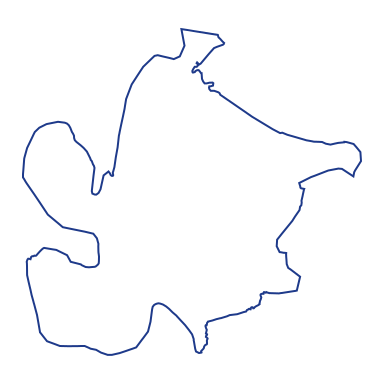 outline of Far' Al Odayn, Ibb, Yemen
{"feature_id": "15242507B99801964698927", "entity_name": "Far' Al Odayn", "entity_type": "district", "adm_level": 2, "iso_a3": "YEM", "parent_name": "Yemen", "parent_adm1": "Ibb", "projection": "robinson", "projection_center": [43.774, 13.958], "detail": "fine", "context": "isolated", "style": "outline", "palette": "blue", "viewbox_px": 384, "rotation_deg": 0, "n_neighbors": 0, "source": "geoboundaries", "source_scale": "gbopen_adm2", "svg_char_len": 5642}
<svg xmlns="http://www.w3.org/2000/svg" viewBox="0 0 384 384"><path d="M181.4,29.1L184.5,45.7L179.8,56.4L173.8,59.1L169.6,58.0L162.2,56.3L157.7,55.2L154.5,55.9L153.7,56.7L152.3,58.0L143.2,66.8L142.5,67.9L140.1,71.5L136.9,76.4L131.9,84.1L131.7,84.4L126.1,99.1L126.0,99.8L125.0,105.9L124.7,107.9L124.5,109.1L123.1,115.8L121.1,125.0L119.7,131.7L119.3,133.9L118.9,135.6L117.6,147.4L115.8,157.4L114.4,167.1L113.2,171.5L112.8,172.5L112.9,173.5L113.1,174.6L113.2,175.2L112.9,175.8L112.6,175.9L111.6,175.8L110.6,174.9L110.0,173.5L108.5,171.5L103.6,175.4L100.5,189.3L98.6,192.9L96.3,194.6L95.4,194.6L94.6,194.5L92.4,193.6L91.8,191.1L93.5,175.8L94.5,167.9L93.9,165.8L93.0,164.4L91.8,161.1L90.8,160.0L90.2,158.2L86.9,151.6L83.6,147.9L80.7,145.3L76.4,141.9L74.8,140.2L74.1,138.0L74.0,135.7L73.1,133.8L71.9,131.9L70.3,127.8L68.8,125.2L66.9,123.5L64.8,122.7L58.0,121.8L47.0,124.0L46.3,124.2L39.3,127.7L34.8,132.0L33.7,134.2L30.0,142.0L27.1,148.0L25.2,154.9L24.4,157.8L24.2,158.7L23.4,169.4L23.0,174.1L23.0,177.4L24.3,179.4L25.3,181.2L26.7,183.4L34.5,194.7L40.1,203.0L47.8,214.6L60.6,225.3L60.9,225.6L62.8,227.2L71.1,228.9L84.9,231.7L93.3,233.7L96.9,238.3L98.4,243.8L98.3,246.3L98.4,251.2L98.5,252.8L98.7,254.0L99.0,256.6L98.9,261.2L98.7,263.4L97.9,264.6L95.8,266.4L94.8,266.8L91.1,267.1L89.0,267.3L85.6,267.0L81.6,265.1L80.9,264.4L70.7,261.8L67.1,255.2L59.1,251.3L58.7,251.1L56.3,249.9L53.7,249.5L53.0,249.4L44.1,247.9L43.1,248.4L41.9,249.4L39.8,251.5L37.9,253.6L36.2,255.6L35.3,255.8L34.3,255.6L33.6,256.2L32.2,256.2L31.2,256.9L30.9,258.0L30.5,259.2L29.7,258.9L28.2,258.7L27.5,259.5L26.9,261.2L26.7,261.9L26.9,262.9L27.0,266.0L27.1,275.1L28.6,281.9L30.5,289.9L31.6,295.0L33.3,301.1L33.6,302.3L33.9,303.4L34.1,304.0L34.5,305.5L35.0,307.4L36.7,313.8L37.0,314.9L37.3,316.6L40.0,332.1L40.0,332.3L41.6,334.3L43.3,336.5L47.0,341.2L49.1,342.0L49.4,342.1L54.6,344.0L59.9,346.0L68.5,346.2L68.8,346.2L77.5,346.1L78.3,346.1L81.2,346.0L84.7,346.0L88.8,347.8L90.6,348.7L96.1,349.8L101.0,352.6L106.6,354.5L107.7,354.9L109.2,354.9L111.7,354.9L119.6,353.1L123.2,351.9L125.3,351.2L130.2,349.5L132.3,348.8L136.2,347.4L142.4,339.1L142.9,338.5L148.0,331.6L149.8,324.5L150.5,321.7L152.1,309.4L152.7,306.8L154.0,305.1L155.4,304.2L157.0,303.6L158.5,303.3L160.2,303.6L162.9,304.5L164.4,305.4L166.2,306.5L169.1,308.9L172.6,312.4L176.5,315.7L177.0,316.4L177.6,317.0L180.7,320.4L182.5,322.3L185.1,325.1L189.1,330.2L192.1,334.4L193.7,339.1L193.7,340.4L193.9,341.2L195.2,348.8L196.0,351.5L199.0,353.0L200.8,352.7L201.1,352.7L201.5,352.5L201.4,352.1L201.1,351.6L201.1,351.2L201.6,350.7L202.1,350.1L203.4,348.8L203.9,347.9L204.0,347.0L204.6,345.8L205.2,345.1L205.8,344.7L206.4,344.6L206.8,344.3L207.0,343.7L207.0,342.7L206.9,341.0L206.9,340.3L207.1,339.8L207.5,339.0L207.6,338.4L207.2,338.0L206.4,337.3L205.9,336.9L206.0,336.1L206.6,335.5L207.0,334.8L207.1,334.3L206.7,334.0L206.1,333.8L205.9,333.5L206.3,332.0L206.6,330.6L206.8,329.9L206.0,328.0L205.8,327.3L205.6,326.7L205.5,326.3L205.5,325.9L205.7,325.3L205.9,325.1L206.1,325.0L206.3,325.1L206.4,325.3L206.6,325.3L206.7,325.1L206.9,324.1L207.0,323.2L207.2,322.7L207.4,322.4L207.9,322.0L208.0,321.6L212.4,320.5L216.3,319.2L219.9,318.3L221.1,318.1L222.4,317.7L227.0,316.3L227.7,316.0L229.7,315.1L237.2,314.2L241.2,312.9L243.6,312.1L246.1,311.5L246.5,310.9L246.9,310.1L247.6,309.7L248.1,309.6L248.5,309.2L248.8,308.9L249.3,308.8L249.6,308.9L249.9,308.9L250.2,309.3L250.6,309.3L250.7,308.9L250.8,308.4L251.0,307.9L251.2,307.5L251.5,307.3L252.0,307.2L252.6,307.3L252.9,307.6L253.0,308.0L253.2,308.3L253.5,308.3L253.9,308.2L254.6,307.3L255.0,307.0L255.5,306.6L256.5,306.0L257.2,305.7L257.7,305.4L258.4,305.1L258.8,304.8L259.0,304.4L259.4,304.3L259.7,304.0L259.5,303.4L259.6,302.8L259.8,302.3L259.9,301.6L259.9,301.2L260.8,299.2L261.3,297.4L260.9,296.3L260.6,295.7L260.5,295.0L260.6,294.5L261.0,294.1L262.0,293.8L262.2,293.7L262.9,293.8L263.5,293.8L263.6,293.2L263.6,292.7L264.0,292.1L264.7,292.2L265.2,292.6L265.7,292.7L266.1,292.6L266.3,292.3L266.4,292.1L267.1,292.4L268.1,292.8L268.9,292.9L269.1,293.1L278.9,293.4L281.4,293.0L281.8,293.0L284.3,292.6L287.5,292.1L294.6,291.0L295.0,291.0L295.7,290.8L296.8,290.6L300.1,276.7L298.1,275.2L290.5,269.4L288.2,267.9L286.7,264.0L286.7,263.5L286.4,259.1L286.2,256.8L286.1,254.2L286.2,253.0L284.7,252.8L283.7,252.8L281.2,252.3L279.6,252.1L276.7,246.2L277.0,241.7L277.1,239.7L281.8,233.8L292.3,220.9L295.0,216.6L299.5,210.1L299.6,209.7L299.9,207.7L300.1,206.6L301.3,205.3L301.7,202.7L301.5,200.7L302.6,196.0L302.8,194.9L303.0,194.0L304.0,189.4L304.2,188.9L301.1,188.3L300.4,187.6L300.2,186.2L299.2,183.0L311.0,177.1L315.1,175.6L324.9,171.8L328.3,170.5L338.3,168.6L338.6,168.6L342.0,168.9L353.4,176.4L354.2,172.2L355.2,170.3L360.3,162.2L361.0,161.1L360.4,152.1L356.5,147.3L353.6,144.0L346.7,142.1L344.3,141.8L344.2,142.3L338.2,142.9L334.8,143.6L330.5,144.6L329.4,144.4L325.8,143.7L322.1,142.0L318.0,141.8L314.4,141.7L313.4,141.6L312.1,141.3L309.3,140.8L306.4,140.3L304.1,139.6L295.8,137.2L292.7,136.3L287.4,134.8L282.3,132.7L280.1,133.1L272.7,129.2L252.2,116.8L241.1,109.1L220.3,94.8L219.6,93.2L218.4,92.3L214.2,90.8L210.8,90.8L209.4,89.2L209.0,87.7L209.3,86.3L210.6,86.3L213.0,85.6L213.3,83.2L212.6,82.6L209.4,82.7L206.6,83.4L204.6,83.4L203.1,81.4L202.0,78.9L201.6,73.3L201.2,73.4L199.7,71.3L198.6,70.1L197.3,70.1L195.4,71.1L194.8,72.1L193.9,72.3L193.3,72.5L192.8,72.5L192.4,71.9L192.4,70.8L193.2,69.1L194.7,66.8L196.7,66.8L197.9,65.5L197.9,64.3L197.0,63.6L196.6,63.2L197.1,62.4L199.2,64.5L200.7,63.6L208.7,54.1L214.0,48.1L216.8,46.9L223.0,44.7L224.3,43.4L224.7,43.5L222.5,41.5L220.3,39.0L218.5,37.3L217.8,34.9L193.3,31.0L186.7,29.9L181.4,29.1Z" fill="none" stroke="#1e3a8a" stroke-width="2"/></svg>